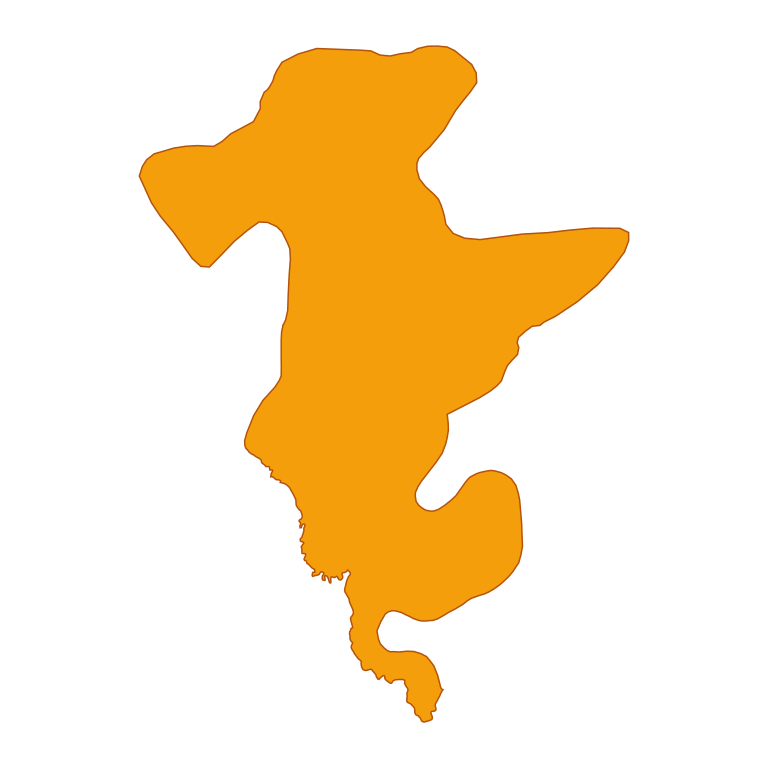 the district of Viengkham, Vientiane, Laos
{"feature_id": "54806243B32132961433294", "entity_name": "Viengkham", "entity_type": "district", "adm_level": 2, "iso_a3": "LAO", "parent_name": "Laos", "parent_adm1": "Vientiane", "projection": "natural_earth1", "projection_center": [102.518, 18.403], "detail": "fine", "context": "isolated", "style": "filled", "palette": "amber", "viewbox_px": 768, "rotation_deg": 0, "n_neighbors": 0, "source": "geoboundaries", "source_scale": "gbopen_adm2", "svg_char_len": 6107}
<svg xmlns="http://www.w3.org/2000/svg" viewBox="0 0 768 768"><path d="M282.0,62.2L276.9,70.3L274.4,75.6L272.8,81.1L269.4,87.1L267.3,89.8L264.2,92.3L260.2,101.7L260.3,108.6L253.5,121.6L245.0,126.2L230.7,133.8L222.2,141.4L213.7,146.4L197.5,145.6L185.6,146.3L173.7,148.1L162.3,151.5L154.2,153.8L146.6,159.8L142.4,166.3L139.3,176.1L145.6,189.9L151.4,202.7L160.2,216.0L173.3,231.9L182.5,244.7L192.2,258.5L200.9,266.4L209.4,267.0L220.3,255.9L234.4,241.2L247.6,230.2L259.0,222.0L267.6,222.4L276.7,226.6L282.0,231.8L287.4,242.8L289.8,248.7L290.4,259.4L289.2,274.5L288.2,295.1L287.7,310.5L285.6,319.9L284.3,322.8L282.8,325.4L282.8,326.5L281.6,332.0L281.2,340.0L281.2,354.6L281.3,367.5L281.2,375.9L279.3,380.4L275.0,387.0L262.9,400.4L253.6,415.7L246.7,433.1L244.6,440.9L244.9,445.4L245.6,447.8L246.7,449.2L247.3,449.6L248.5,451.3L249.3,452.3L251.2,453.7L252.2,454.4L253.2,454.7L254.3,455.3L255.3,456.3L259.7,458.7L260.5,459.4L261.1,460.1L261.3,460.9L261.5,462.0L261.9,462.8L262.7,463.6L263.6,464.2L264.6,464.9L265.3,465.9L266.0,466.6L268.6,466.5L269.3,466.9L269.5,467.6L269.7,469.8L270.5,470.1L272.2,469.8L272.6,470.4L272.5,471.3L271.9,472.2L271.1,474.0L270.8,476.9L271.9,476.5L274.1,477.8L274.9,478.7L276.0,479.6L278.9,479.9L280.1,480.4L280.6,481.1L280.2,482.5L283.3,483.2L285.6,484.2L287.1,485.2L289.4,487.4L290.8,489.9L293.1,493.9L295.2,498.2L295.9,500.2L296.0,502.8L296.2,505.1L297.5,507.5L299.2,509.8L300.7,510.7L301.0,511.7L302.1,515.0L302.2,516.7L302.0,517.6L301.6,518.4L301.1,519.1L300.2,519.4L299.1,520.4L299.2,521.4L299.8,522.0L300.6,523.2L300.5,524.3L299.8,526.1L300.1,527.8L301.4,527.6L301.7,526.0L302.7,524.3L304.0,524.0L304.8,524.5L305.0,525.8L304.4,526.8L303.8,528.4L303.9,530.4L303.2,533.4L302.4,535.3L301.9,537.2L300.7,538.4L300.2,539.2L300.3,540.7L300.7,541.3L301.3,541.6L302.3,541.8L303.6,542.4L303.8,543.1L301.2,546.6L301.8,548.8L302.0,553.4L305.4,553.7L305.6,554.5L305.6,555.4L304.2,558.5L304.1,559.6L304.7,560.5L305.7,560.5L306.4,561.2L306.8,563.0L307.3,563.7L308.1,563.9L311.9,567.9L313.8,569.1L314.5,569.2L314.9,572.2L312.9,572.3L312.4,573.3L312.2,575.8L312.8,576.4L315.4,575.5L316.8,575.3L318.1,574.9L319.3,574.3L320.0,572.9L321.1,571.8L322.6,572.0L323.8,573.0L323.5,574.7L322.6,575.4L322.1,577.6L322.4,579.4L322.9,580.1L324.8,580.5L325.1,580.1L325.1,579.4L324.9,578.3L324.6,576.3L325.5,575.6L326.5,575.9L327.0,576.3L328.0,577.8L329.4,582.3L330.1,583.0L330.8,582.8L330.9,582.1L330.9,581.0L330.7,579.2L330.9,577.9L331.3,576.9L332.7,576.9L333.9,577.6L334.9,577.4L335.6,577.0L336.4,576.3L337.4,576.8L338.0,578.2L339.1,579.7L340.6,580.0L341.7,579.3L342.7,577.6L342.7,576.3L342.0,574.1L342.2,573.1L343.0,572.7L344.0,572.7L346.1,571.8L347.8,570.1L349.4,571.6L350.4,573.3L350.1,574.7L348.4,576.8L346.6,581.2L344.6,589.7L345.0,592.1L346.2,593.8L346.9,595.2L348.9,598.6L349.3,600.9L349.8,602.8L352.5,608.8L353.3,611.3L353.4,613.6L352.2,615.6L350.9,617.3L350.5,618.4L351.1,621.3L352.6,627.0L352.4,628.0L351.0,628.5L350.4,630.8L349.7,631.6L349.5,633.9L350.1,636.4L349.9,638.1L350.2,639.6L351.0,641.0L352.2,642.3L352.6,643.0L352.4,643.8L351.9,644.5L351.4,645.7L351.2,647.0L351.6,648.7L353.1,651.2L353.7,651.8L354.1,653.2L355.0,654.3L357.3,657.5L358.6,659.1L359.8,659.9L361.1,661.2L361.3,662.4L361.1,663.2L361.2,664.6L361.7,667.3L363.0,669.5L364.5,670.3L365.9,670.5L367.1,670.3L370.5,669.2L372.1,669.9L372.8,671.1L375.8,674.6L376.4,676.7L377.1,678.0L378.0,679.2L379.0,679.4L380.1,678.0L381.9,676.7L382.8,675.8L384.0,675.6L384.8,676.6L384.8,678.5L385.6,679.6L386.4,680.5L387.4,681.1L388.2,681.8L389.5,682.8L391.0,683.3L392.0,682.8L392.6,681.3L393.7,680.5L395.0,679.9L397.6,679.6L399.3,679.5L402.3,679.5L404.5,680.1L404.9,681.4L404.6,683.2L405.1,684.6L406.6,687.1L407.2,687.8L407.7,688.7L407.9,689.5L407.9,690.5L406.9,693.3L407.2,696.8L406.9,698.1L406.8,700.2L406.8,701.3L407.7,702.5L409.1,703.1L410.8,704.0L414.2,707.5L414.8,709.9L414.7,712.3L415.7,714.6L416.7,715.2L418.2,715.8L420.4,718.3L421.6,720.9L423.1,721.9L424.9,721.9L426.7,721.3L428.1,721.0L429.8,720.4L431.4,719.7L432.3,718.7L432.2,716.4L431.3,714.2L430.8,712.6L431.5,711.5L432.8,711.2L434.2,711.2L435.6,710.4L436.0,709.3L435.8,707.8L435.2,705.8L435.3,704.1L436.0,702.8L436.7,701.7L439.9,695.5L440.6,693.7L441.6,691.9L442.3,690.6L443.0,689.7L442.1,689.3L441.0,688.2L440.5,686.6L437.7,675.6L433.8,665.8L430.2,661.0L426.4,656.5L421.0,653.7L414.0,651.5L407.2,651.2L399.0,652.0L394.0,651.6L390.5,651.8L387.3,650.6L383.9,647.8L380.3,643.9L378.4,638.9L377.3,632.9L376.9,630.9L380.6,622.1L385.2,614.1L388.2,611.9L392.0,610.7L395.8,610.9L401.4,612.5L405.7,614.7L409.9,616.6L413.3,618.5L417.3,619.9L420.0,620.7L422.2,621.0L425.9,621.0L429.7,620.6L433.0,620.4L437.5,618.9L443.9,615.3L448.9,612.2L455.1,609.0L463.5,603.9L467.4,600.7L471.3,598.3L478.9,595.6L484.5,593.9L488.7,592.0L493.7,589.1L499.6,584.9L503.2,581.8L508.2,577.1L512.4,572.2L518.7,562.8L520.9,554.9L522.5,546.3L521.9,532.1L521.7,524.5L520.5,509.8L519.6,499.6L518.3,493.4L515.9,485.4L511.4,478.9L506.1,475.1L501.4,472.7L495.3,471.0L490.8,470.4L485.8,471.2L479.9,472.5L476.3,473.8L470.4,476.9L468.5,478.6L465.6,482.0L455.8,495.8L451.1,500.2L444.3,505.6L438.4,509.4L433.9,511.0L431.1,511.2L427.1,510.5L425.0,509.8L421.4,507.5L418.7,505.2L416.1,501.4L415.3,496.3L415.4,492.5L417.8,487.0L421.2,481.5L436.0,462.4L442.3,453.0L445.9,443.3L447.2,437.5L448.4,430.2L448.2,423.4L447.2,414.3L479.9,397.5L490.5,390.9L497.1,385.6L501.3,381.0L505.1,370.7L507.6,365.3L511.9,360.3L517.5,354.5L518.8,347.5L517.1,342.7L518.6,337.3L525.2,331.3L532.1,326.3L539.9,325.4L544.0,322.1L555.1,316.5L577.2,301.8L597.6,284.8L613.6,266.7L624.5,252.0L628.7,240.6L628.6,232.5L619.9,228.3L592.6,228.1L569.6,230.1L548.5,232.6L522.2,234.1L480.1,239.6L464.7,238.2L453.2,233.5L445.9,224.4L444.3,215.8L442.8,210.4L440.8,204.5L438.4,199.2L434.5,194.9L425.3,186.4L419.4,178.9L416.9,169.8L416.9,163.3L418.7,158.4L423.9,152.4L429.6,147.2L444.2,129.7L455.5,110.6L463.5,100.2L470.2,92.0L476.7,82.7L476.2,73.0L471.7,64.5L454.8,50.7L447.1,47.0L437.5,46.1L427.9,46.2L417.9,48.5L411.2,52.4L400.7,53.7L390.1,56.0L380.1,55.1L370.9,50.9L361.0,50.2L316.7,48.5L297.9,54.1L282.0,62.2Z" fill="#f59e0b" stroke="#b45309" stroke-width="1.5"/></svg>